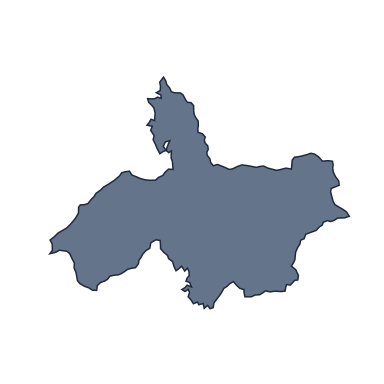 the district of Capivari, São Paulo, Brazil, rotated 80°
{"feature_id": "56859067B25592113050406", "entity_name": "Capivari", "entity_type": "district", "adm_level": 2, "iso_a3": "BRA", "parent_name": "Brazil", "parent_adm1": "São Paulo", "projection": "mercator", "projection_center": [-47.486, -22.987], "detail": "fine", "context": "isolated", "style": "filled", "palette": "slate", "viewbox_px": 384, "rotation_deg": 80, "n_neighbors": 0, "source": "geoboundaries", "source_scale": "gbopen_adm2", "svg_char_len": 3336}
<svg xmlns="http://www.w3.org/2000/svg" viewBox="0 0 384 384"><g transform="rotate(80 192 192)"><path d="M297.0,103.1L292.7,101.7L286.6,103.3L282.2,107.0L279.3,104.3L276.5,102.4L273.1,101.5L269.5,100.5L264.9,97.5L262.1,94.8L258.4,93.5L257.5,89.7L253.4,87.4L252.2,81.1L251.4,76.4L248.5,72.6L247.2,69.5L244.6,67.9L243.7,63.6L245.2,60.6L244.6,56.8L242.9,53.1L244.0,46.4L243.2,41.3L238.3,43.4L235.5,46.2L232.2,50.1L229.2,53.5L225.5,54.7L215.9,55.5L212.7,54.3L210.9,45.9L206.8,45.6L201.6,48.1L196.9,49.4L193.0,49.3L189.7,48.3L186.1,48.3L184.8,52.5L184.3,58.2L179.4,61.2L175.9,64.8L174.5,68.2L175.1,71.8L175.6,77.5L175.7,80.8L175.5,85.0L178.0,87.8L182.4,88.9L186.7,90.1L184.8,95.3L185.3,101.7L185.3,105.1L181.6,113.2L178.9,116.9L178.6,120.6L178.9,124.4L177.2,128.7L175.4,133.5L174.0,138.2L174.7,142.4L176.3,148.3L176.2,151.5L173.3,155.6L171.6,158.4L169.3,162.1L169.8,166.5L166.1,168.5L162.6,168.6L158.2,170.7L155.2,170.4L152.9,168.6L149.1,168.5L146.5,170.4L143.0,170.9L140.1,169.4L136.4,171.7L134.3,175.7L130.7,175.3L128.0,174.3L123.2,173.6L119.4,175.4L116.5,176.3L112.7,176.3L107.2,175.4L103.8,177.4L102.9,181.0L100.1,182.3L94.7,184.0L92.3,186.5L91.4,191.6L89.7,194.9L85.9,195.9L81.5,198.3L78.1,198.5L73.9,200.1L78.2,204.7L82.4,204.7L86.5,205.7L88.0,209.9L91.0,205.9L94.4,206.0L92.6,209.4L93.7,212.6L93.2,216.0L92.3,219.5L96.1,219.1L99.6,216.6L102.6,214.9L107.8,214.6L115.2,216.5L113.2,219.7L116.2,222.2L118.4,224.7L120.4,219.7L124.1,222.0L130.0,219.5L133.7,221.2L138.1,219.9L143.0,218.8L148.7,217.0L147.2,213.5L146.5,210.2L149.2,208.1L148.0,205.2L155.2,206.7L158.0,206.0L162.0,206.3L166.5,206.7L165.4,211.1L167.9,215.1L170.7,218.0L171.8,222.4L174.0,225.8L173.2,231.3L171.8,236.2L169.8,240.5L167.2,244.4L164.8,248.3L160.6,250.0L160.5,254.8L160.9,258.0L163.6,260.6L167.3,267.0L169.6,272.4L171.8,278.3L174.3,281.8L176.5,286.5L179.7,289.5L181.6,292.3L185.3,296.5L185.8,300.5L185.3,304.3L187.4,306.4L192.9,307.4L197.5,311.2L201.8,316.2L203.9,319.0L205.7,321.7L207.5,326.4L209.0,330.8L212.2,335.5L214.7,340.1L218.8,338.7L225.2,339.6L228.1,342.7L227.7,336.7L226.3,332.7L228.6,325.6L231.3,323.2L237.5,321.5L241.5,320.2L246.2,321.3L251.4,320.2L256.4,320.2L259.3,320.2L262.6,318.5L266.3,314.1L268.3,310.5L271.5,307.0L272.3,303.0L267.7,301.5L265.2,297.7L264.5,293.1L263.0,289.9L260.6,287.5L260.4,283.0L260.8,279.1L260.2,276.1L258.7,272.4L257.0,268.9L256.6,265.1L256.7,260.8L253.4,257.2L250.2,256.2L247.7,253.7L244.4,251.1L241.5,247.1L240.1,243.3L234.9,241.4L232.8,235.9L234.2,231.8L239.1,232.3L242.3,232.8L246.3,230.4L250.3,227.1L253.6,226.6L257.2,223.2L262.0,222.7L266.8,221.4L265.4,218.5L263.3,215.1L268.6,212.9L266.2,209.8L269.4,208.8L273.8,209.2L276.1,211.9L278.8,213.4L280.6,210.1L285.4,209.0L282.9,213.0L285.0,215.6L286.3,218.9L288.8,216.1L287.2,212.6L290.6,211.9L294.5,214.0L298.1,211.7L302.3,210.0L301.3,205.7L304.2,204.9L303.8,200.4L308.7,200.2L306.4,196.3L310.1,194.5L309.5,191.2L305.1,189.7L300.5,184.8L297.4,181.4L292.4,177.3L291.0,173.8L289.0,171.0L287.4,166.9L291.9,164.1L295.4,161.4L297.0,157.8L300.1,158.2L304.4,158.1L305.5,151.7L304.4,147.8L304.9,143.3L303.9,140.4L302.1,136.7L303.9,132.7L304.1,127.3L305.5,121.7L305.8,117.6L302.3,116.3L299.6,115.0L300.7,111.2L296.9,106.4L297.0,103.1ZM146.5,210.2L142.2,212.4L138.1,209.6L137.6,204.9L141.0,207.2L143.9,208.9L146.5,210.2Z" fill="#64748b" stroke="#1e293b" stroke-width="1.5"/></g></svg>